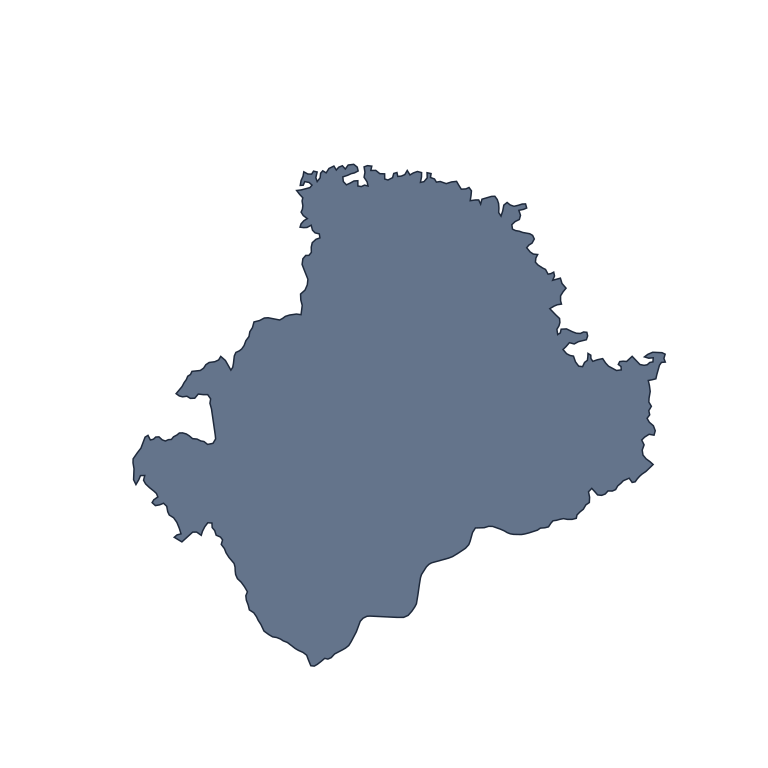 Jóia, Rio Grande do Sul, Brazil, rotated 335°
{"feature_id": "56859067B9941022435580", "entity_name": "Jóia", "entity_type": "district", "adm_level": 2, "iso_a3": "BRA", "parent_name": "Brazil", "parent_adm1": "Rio Grande do Sul", "projection": "albers", "projection_center": [-54.139, -28.741], "detail": "fine", "context": "isolated", "style": "filled", "palette": "slate", "viewbox_px": 768, "rotation_deg": 335, "n_neighbors": 0, "source": "geoboundaries", "source_scale": "gbopen_adm2", "svg_char_len": 6171}
<svg xmlns="http://www.w3.org/2000/svg" viewBox="0 0 768 768"><g transform="rotate(335 384 384)"><path d="M410.1,161.3L407.1,163.2L403.7,161.5L401.0,157.8L398.4,161.5L394.9,164.5L392.0,168.6L394.8,169.7L397.7,167.1L401.3,169.7L402.8,173.3L399.9,174.7L390.9,173.1L386.6,171.7L387.7,176.6L389.1,180.9L387.1,183.5L385.8,188.1L383.9,191.1L381.5,193.2L382.0,197.2L384.4,201.7L380.5,202.1L376.5,203.8L374.2,206.4L377.4,208.4L380.4,209.6L385.1,209.3L384.2,214.4L385.4,217.9L388.8,220.6L387.7,224.5L383.5,224.1L378.7,225.6L375.9,229.2L373.8,234.0L370.3,235.7L367.4,234.4L363.4,236.2L360.3,241.0L359.9,246.6L359.3,256.9L356.4,261.7L352.1,265.5L346.4,267.2L344.1,272.7L343.1,278.2L338.1,286.1L334.2,283.6L327.7,281.6L323.2,281.0L319.8,281.7L316.5,281.9L307.0,275.0L303.4,273.6L298.1,273.9L292.4,272.8L288.6,277.3L284.5,279.9L281.7,283.9L277.1,286.4L273.5,290.0L269.9,292.1L267.0,292.8L263.1,292.8L260.2,295.3L256.2,301.8L253.9,305.0L251.1,306.7L250.2,295.6L247.7,290.0L244.3,292.3L240.1,292.3L234.6,290.6L230.7,291.2L227.2,293.4L223.2,294.1L215.3,291.4L212.6,293.6L209.4,294.0L206.8,296.4L203.4,298.3L200.0,300.9L191.5,304.9L193.4,308.3L196.0,310.5L200.2,311.8L202.4,315.2L206.5,316.9L211.4,314.6L215.6,317.2L219.7,319.1L220.6,324.2L218.1,327.9L217.1,333.7L209.5,358.9L208.2,362.6L203.9,365.5L198.6,364.2L196.5,360.0L193.9,358.2L191.3,354.9L187.4,352.6L185.5,348.5L183.7,345.7L180.8,343.2L177.8,341.9L174.8,342.7L170.9,342.9L167.9,344.4L165.0,343.3L161.8,343.3L159.4,340.9L157.7,336.8L154.7,335.6L151.7,336.6L148.6,336.0L148.4,330.8L145.0,331.2L136.6,339.4L131.7,341.9L125.0,345.8L123.2,349.4L121.6,355.2L116.6,364.9L116.7,370.3L121.3,367.1L124.6,364.1L128.5,365.8L125.4,369.6L125.7,373.8L127.7,378.9L130.2,383.9L131.5,387.1L131.3,390.8L126.5,391.6L123.7,393.5L125.4,397.6L129.6,398.7L133.8,398.9L135.4,403.0L134.0,408.4L134.0,412.0L136.8,416.3L137.8,421.9L137.5,428.2L136.7,434.0L132.6,433.3L129.1,434.3L134.1,441.7L148.0,437.4L151.6,439.0L154.4,443.9L157.2,440.8L161.3,437.6L165.7,435.3L169.3,437.3L167.6,441.5L168.6,445.3L168.0,450.1L171.1,453.6L171.8,457.1L168.7,460.6L169.8,465.7L169.5,470.3L170.2,475.6L172.3,483.3L171.6,487.1L170.2,490.4L169.0,494.0L168.9,498.5L170.8,503.3L171.9,508.9L172.4,514.6L169.3,517.5L167.9,521.7L167.5,526.9L166.5,531.8L169.3,536.3L170.1,541.2L170.1,545.0L170.8,549.9L170.8,557.2L173.6,562.3L176.2,566.1L179.6,568.4L182.4,571.4L184.1,574.2L187.2,577.4L191.8,586.3L193.9,589.3L197.2,593.1L199.3,597.1L198.9,601.9L198.6,608.4L201.6,610.2L205.1,609.9L209.5,608.9L214.3,607.6L216.9,609.6L220.5,609.7L225.1,607.8L233.9,607.4L237.5,607.1L241.6,606.1L245.4,603.6L254.2,596.9L262.2,589.0L266.1,587.4L270.4,587.3L273.2,588.4L297.5,601.2L303.2,603.8L308.1,603.9L313.2,601.7L317.6,599.1L320.5,596.9L325.7,589.3L331.3,580.7L335.2,575.0L337.5,572.5L345.2,567.6L348.6,566.4L351.6,566.2L369.0,569.1L373.2,569.4L380.2,568.6L388.5,567.3L393.0,565.4L395.6,562.9L401.5,556.0L406.0,553.1L414.1,556.6L418.7,557.2L422.3,559.0L428.0,564.6L431.0,568.0L432.8,570.7L435.2,573.2L438.0,575.1L444.9,578.5L448.2,579.4L452.4,580.2L461.3,581.3L464.8,580.7L469.1,582.3L472.7,583.0L476.4,580.7L479.4,579.4L482.6,580.4L486.3,581.0L489.8,581.9L493.0,584.2L497.3,586.2L501.5,587.0L503.5,584.3L507.4,582.8L511.8,581.7L515.8,578.9L520.0,578.2L522.5,573.5L523.8,568.1L528.2,566.4L529.6,570.9L530.7,574.8L534.2,576.9L538.0,577.2L541.8,575.6L545.7,577.5L549.3,577.6L552.8,575.1L556.7,574.1L560.0,572.8L566.4,573.0L567.3,578.1L570.3,578.8L573.5,577.0L576.8,575.6L579.8,574.7L584.6,573.9L593.9,570.7L592.2,566.7L589.9,562.6L588.7,557.8L590.1,553.0L594.0,549.1L593.9,543.7L597.7,542.3L603.0,541.6L607.1,544.5L610.1,541.0L610.5,535.7L608.3,530.8L607.9,526.3L611.8,524.2L612.7,520.1L616.9,517.2L616.4,512.3L618.2,508.9L622.1,503.3L623.9,497.6L625.0,492.5L628.5,493.4L632.6,494.2L635.3,490.7L641.6,483.4L644.6,481.7L648.2,483.0L648.5,479.1L651.4,475.8L649.2,473.1L641.0,468.8L635.6,468.6L631.5,469.5L634.8,472.5L639.1,474.0L637.1,477.6L633.9,476.8L630.7,477.8L627.6,477.0L624.2,474.5L620.6,463.8L613.4,466.1L610.4,464.4L607.1,463.3L604.6,465.3L606.2,468.3L605.0,471.5L600.4,470.0L595.0,462.7L593.7,458.6L592.9,453.4L587.7,452.2L582.8,451.7L582.3,448.3L583.6,445.3L581.8,442.5L580.2,445.6L578.3,448.5L574.9,449.2L571.3,452.2L568.0,450.1L566.9,444.9L567.5,438.8L564.6,436.7L562.3,433.7L560.8,428.4L564.6,427.1L569.5,424.9L573.3,428.1L578.0,427.8L586.1,429.4L588.9,426.5L589.7,422.9L586.9,421.2L583.4,421.2L579.8,419.3L576.7,416.1L572.7,411.2L567.7,409.2L565.4,412.2L562.3,412.6L563.8,407.5L567.2,405.2L569.4,402.6L570.8,398.8L568.9,394.0L566.1,385.8L570.7,385.3L574.5,385.4L578.6,386.6L579.2,383.2L581.3,378.7L585.3,376.1L589.5,374.1L587.8,368.1L588.6,362.6L580.7,361.3L584.2,358.2L585.1,354.3L582.1,354.5L579.1,353.8L578.8,348.4L576.7,345.8L573.9,341.3L572.7,337.6L574.9,334.0L578.0,331.6L574.3,329.4L572.3,326.2L570.9,320.8L574.1,319.3L577.7,318.9L581.5,316.1L581.5,312.1L579.6,309.4L573.8,305.3L571.2,302.7L568.0,300.5L565.9,297.9L567.2,293.6L571.5,292.2L576.2,292.1L579.0,288.8L579.6,283.6L584.3,284.7L587.7,284.8L588.4,280.6L585.3,279.3L581.4,278.8L576.9,277.9L574.0,275.0L572.3,271.5L568.2,272.5L564.6,277.5L561.0,281.3L560.4,277.1L562.5,273.1L564.1,268.9L564.6,264.7L563.8,260.7L560.7,259.4L550.9,257.9L547.6,261.8L547.6,257.2L544.5,255.8L539.6,254.3L542.5,250.0L544.9,245.9L544.1,241.8L540.7,241.8L536.4,240.1L535.8,235.6L535.4,231.0L530.6,229.4L525.1,228.7L520.5,224.2L516.8,223.2L516.4,219.5L513.4,216.5L515.6,213.2L512.3,210.7L510.3,215.4L505.8,217.5L502.2,216.7L505.5,212.2L507.4,208.3L504.1,205.5L499.7,205.1L495.9,205.5L495.3,200.3L491.4,203.0L487.5,202.9L484.2,201.7L485.1,197.8L481.8,197.3L479.0,200.6L473.8,200.8L471.3,198.5L473.4,193.8L469.1,191.6L466.8,186.9L462.3,184.9L465.0,181.4L461.3,179.1L457.7,178.8L456.2,184.1L453.3,188.2L454.1,193.7L453.2,197.8L450.4,195.5L446.9,195.5L444.0,193.5L446.2,188.7L442.6,187.3L438.3,187.6L434.1,187.6L432.7,183.3L434.2,178.9L439.4,179.5L443.1,179.5L446.4,180.2L450.6,180.0L451.4,176.1L449.4,172.1L444.1,170.4L439.8,172.8L438.5,168.6L434.6,168.4L431.2,169.9L430.7,165.3L425.2,165.4L420.8,168.2L418.6,164.9L415.6,166.2L413.3,170.1L409.0,172.3L409.4,168.2L413.0,163.6L410.1,161.3Z" fill="#64748b" stroke="#1e293b" stroke-width="1.5"/></g></svg>